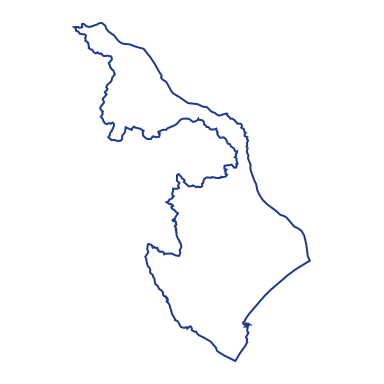 the district of Timaru District, Canterbury, New Zealand
{"feature_id": "76426892B42496743885166", "entity_name": "Timaru District", "entity_type": "district", "adm_level": 2, "iso_a3": "NZL", "parent_name": "New Zealand", "parent_adm1": "Canterbury", "projection": "natural_earth1", "projection_center": [171.008, -43.976], "detail": "fine", "context": "isolated", "style": "outline", "palette": "blue", "viewbox_px": 384, "rotation_deg": 0, "n_neighbors": 0, "source": "geoboundaries", "source_scale": "gbopen_adm2", "svg_char_len": 5975}
<svg xmlns="http://www.w3.org/2000/svg" viewBox="0 0 384 384"><path d="M78.0,26.9L74.2,27.2L75.8,28.4L76.1,30.8L78.3,31.6L79.7,33.6L85.0,34.6L85.8,35.3L85.9,36.2L85.2,37.8L85.6,39.2L85.3,40.7L87.6,42.0L87.6,42.7L88.5,43.5L88.5,45.6L89.1,46.7L88.7,48.0L90.5,49.4L92.2,49.7L93.3,51.6L95.1,53.2L96.1,53.3L97.5,52.3L99.2,53.7L100.3,53.9L100.9,53.4L102.2,54.2L102.4,55.3L103.8,56.0L105.8,56.0L107.1,55.6L111.3,56.5L111.9,59.4L109.7,62.2L109.0,62.5L108.8,63.8L109.7,64.8L110.1,66.9L111.1,68.0L111.3,69.0L112.7,69.8L113.7,71.0L113.7,71.7L114.8,73.8L114.7,74.8L113.9,75.2L113.6,76.1L112.6,76.9L112.1,78.0L111.8,80.0L110.8,81.8L107.1,85.0L106.3,87.3L107.4,88.8L106.9,90.2L105.7,91.1L104.8,92.4L106.6,94.5L102.6,99.0L104.0,102.0L103.9,102.7L100.5,106.9L100.2,108.4L101.5,110.5L102.8,111.4L102.3,112.6L102.7,113.6L102.3,114.9L100.8,116.6L103.0,119.4L103.0,120.1L104.7,123.1L106.7,124.2L109.4,123.0L110.5,123.8L112.5,122.6L114.0,123.9L113.9,125.6L112.9,128.6L112.0,129.9L111.8,131.0L110.4,132.4L109.7,135.3L108.3,137.0L110.5,139.3L111.9,140.2L114.0,139.8L117.1,140.9L120.5,140.8L122.0,139.2L122.3,135.5L124.3,133.2L124.9,132.0L125.3,129.5L126.0,128.2L125.6,127.9L125.7,127.3L131.6,129.9L131.8,128.9L132.7,127.7L134.2,126.7L135.3,127.6L140.1,128.7L143.6,130.9L142.8,132.0L142.7,133.2L143.2,134.0L142.9,135.4L145.6,138.1L147.8,139.0L151.0,139.0L152.6,136.5L153.1,136.3L155.8,137.2L159.2,136.8L159.8,133.6L158.9,133.7L158.3,131.9L163.0,129.7L166.0,129.9L167.9,128.1L174.3,125.5L177.0,123.8L180.4,119.8L182.9,118.7L187.4,118.6L189.7,119.3L192.4,121.5L193.6,122.0L197.1,120.4L198.3,118.9L198.5,119.9L200.8,119.9L203.0,120.7L203.7,121.5L204.2,124.5L205.9,125.6L206.5,126.9L208.6,127.2L210.5,129.5L214.9,129.4L216.2,128.7L217.1,131.7L217.7,132.5L217.2,133.7L217.8,135.1L220.0,137.8L223.7,137.3L225.9,139.2L227.8,143.6L229.9,144.2L230.9,146.3L234.1,148.6L234.6,150.4L235.9,151.7L237.1,151.3L236.7,153.2L235.8,154.2L236.1,156.0L234.8,157.1L236.6,158.9L236.4,160.6L237.6,163.6L237.2,164.3L236.4,164.2L236.8,165.8L236.2,166.5L236.2,167.4L234.1,167.7L232.4,165.2L231.2,164.6L230.0,165.2L228.5,165.1L224.5,165.8L224.3,168.4L226.5,169.7L224.8,170.9L225.8,172.3L225.5,173.7L227.1,174.7L225.8,176.4L223.2,177.2L221.4,176.8L221.2,177.4L220.5,177.3L220.1,177.9L219.3,178.0L216.8,178.0L212.4,177.1L211.6,177.1L211.0,177.8L207.1,177.4L205.7,177.9L204.0,179.4L203.0,183.1L201.9,184.0L202.3,185.2L202.1,186.3L200.6,187.1L198.2,187.0L197.8,186.6L196.1,187.1L193.0,185.4L192.2,186.0L188.9,186.4L183.8,181.9L184.7,180.6L183.5,179.1L182.8,178.9L181.6,177.8L181.4,177.0L178.7,174.1L177.0,175.1L176.9,180.7L179.4,183.0L178.0,185.7L179.0,187.5L178.8,188.2L176.5,188.8L173.0,188.7L173.0,191.1L172.2,193.6L172.6,195.8L173.6,196.2L172.8,196.9L172.8,197.5L171.9,198.5L169.3,199.7L168.7,201.1L166.5,202.2L170.0,204.3L170.8,203.9L172.9,205.5L173.2,205.9L171.3,207.1L172.1,208.7L174.5,210.1L176.2,212.2L178.0,213.3L175.5,217.0L174.9,218.9L173.6,219.1L173.5,219.7L172.6,220.4L173.7,221.4L175.2,220.9L175.7,221.4L176.1,223.3L175.9,223.7L176.3,224.4L175.7,224.7L175.8,225.4L174.8,226.4L175.9,227.6L175.7,228.7L176.3,229.3L175.8,230.4L176.4,231.2L176.1,232.0L176.6,232.5L176.5,235.0L178.1,239.0L179.5,240.6L179.4,241.7L180.7,243.3L181.4,246.8L179.7,250.4L180.3,252.7L179.8,254.5L179.1,255.9L175.8,255.5L171.5,253.5L165.8,253.7L164.2,254.3L164.0,252.9L162.2,251.5L160.2,251.9L159.8,251.4L158.7,251.3L158.4,250.0L157.6,249.7L157.8,249.0L157.4,247.8L155.5,248.0L154.3,246.9L153.3,247.6L153.3,247.0L152.2,246.7L152.2,245.7L151.5,244.9L149.9,244.6L149.2,243.9L147.9,244.3L147.2,249.0L148.4,252.2L145.3,256.7L146.3,259.0L146.6,261.6L147.8,266.3L149.2,267.3L150.4,270.0L150.0,271.7L150.2,272.8L152.4,274.6L153.0,275.5L153.1,276.8L154.4,278.5L155.2,283.9L157.5,285.7L159.3,289.2L160.7,289.8L162.6,291.8L163.0,292.8L163.1,294.6L163.7,295.9L165.8,296.5L167.5,298.3L167.2,299.1L166.9,299.0L167.5,299.9L167.2,300.5L167.8,300.5L167.5,301.6L167.0,301.7L169.0,303.9L169.9,305.8L170.2,307.8L171.7,312.3L171.7,313.5L175.1,319.2L175.1,320.2L177.1,320.8L178.2,321.9L180.9,327.0L184.1,327.9L186.9,327.1L187.3,327.3L187.4,328.5L189.9,326.3L190.5,326.3L191.8,328.3L191.8,330.0L192.1,330.5L194.6,331.7L196.1,331.6L197.3,333.8L198.7,335.1L204.6,338.0L210.5,341.5L215.7,347.3L217.3,351.2L224.4,355.6L235.3,361.0L240.0,353.2L245.6,345.4L246.5,343.2L247.3,342.4L246.8,341.4L247.1,338.8L246.1,337.9L246.0,337.1L248.2,333.4L248.4,332.4L247.4,331.6L247.2,329.4L248.0,326.3L248.9,324.5L249.5,324.5L248.6,323.9L248.5,324.4L248.8,324.6L248.4,325.1L248.1,324.7L247.1,325.9L247.0,325.1L246.9,325.9L246.0,326.6L245.7,326.3L246.2,325.8L245.6,326.2L246.0,325.6L245.4,325.9L246.4,324.3L246.5,324.3L247.0,324.7L246.6,324.2L246.4,324.2L246.7,323.6L247.4,324.0L246.2,323.3L245.5,324.8L244.7,324.5L243.5,324.0L243.7,323.3L243.1,322.6L244.8,321.1L245.1,319.7L249.0,314.0L264.3,296.2L270.5,290.0L288.6,274.5L296.8,268.6L309.8,260.7L307.8,256.2L306.3,244.5L304.2,235.6L302.0,231.7L300.8,230.3L297.6,228.1L294.2,226.5L286.7,217.7L284.3,216.1L280.3,214.8L276.8,211.5L267.3,204.4L262.6,199.8L259.6,195.2L257.3,190.2L256.2,184.3L254.4,180.7L251.0,171.4L250.3,168.0L250.6,164.9L248.0,158.3L248.4,155.4L246.8,151.8L247.6,147.9L246.5,146.6L247.3,144.8L246.9,143.0L248.1,140.4L247.0,139.2L247.4,137.1L244.6,136.0L244.5,134.8L245.8,132.7L244.4,131.9L244.1,129.8L243.4,128.7L241.5,127.9L241.3,127.4L242.0,126.0L241.4,124.3L240.4,123.7L237.4,123.6L236.7,122.4L235.6,121.7L235.1,120.7L233.3,119.3L232.3,118.7L230.3,118.7L229.7,117.4L227.2,115.4L227.4,114.1L227.1,113.6L225.4,113.7L219.5,115.6L217.8,115.2L214.8,112.9L211.2,111.5L207.0,107.2L202.4,106.5L197.5,104.1L188.0,103.1L179.4,97.1L173.9,93.9L171.9,92.0L166.2,81.8L162.6,79.6L161.3,78.1L161.0,77.5L161.7,75.9L161.5,75.3L158.6,71.0L155.5,65.1L150.5,57.4L143.6,48.8L136.1,46.8L129.9,44.4L123.3,43.8L120.4,42.5L118.2,40.7L114.3,35.6L108.7,31.7L106.2,28.6L105.4,25.9L102.1,23.1L99.7,23.0L97.1,24.5L89.5,27.0L86.4,26.3L84.1,24.1L82.3,23.9L81.9,24.2L82.2,27.2L79.1,27.8L78.0,26.9Z" fill="none" stroke="#1e3a8a" stroke-width="2"/></svg>